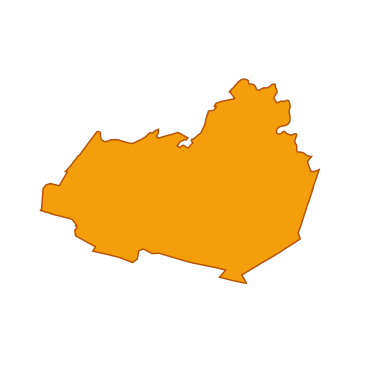 outline of Mazsalacas pag., Mazsalacas, Latvia, rotated 143°
{"feature_id": "27541924B83250469425555", "entity_name": "Mazsalacas pag.", "entity_type": "district", "adm_level": 2, "iso_a3": "LVA", "parent_name": "Latvia", "parent_adm1": "Mazsalacas", "projection": "equal_earth", "projection_center": [25.052, 57.893], "detail": "fine", "context": "isolated", "style": "filled", "palette": "amber", "viewbox_px": 384, "rotation_deg": 143, "n_neighbors": 0, "source": "geoboundaries", "source_scale": "gbopen_adm2", "svg_char_len": 5810}
<svg xmlns="http://www.w3.org/2000/svg" viewBox="0 0 384 384"><g transform="rotate(143 192 192)"><path d="M308.7,284.4L316.7,275.4L321.8,269.4L324.1,268.4L323.6,267.7L323.3,267.5L322.9,267.1L322.0,265.9L321.8,265.4L321.3,264.4L321.2,264.2L318.2,260.7L318.3,260.6L317.8,259.5L317.0,258.5L314.1,254.9L311.2,251.3L310.2,250.0L310.2,249.9L309.7,249.8L309.7,249.4L308.1,247.4L307.3,246.5L304.4,242.7L304.2,242.5L304.1,234.8L305.0,235.0L305.3,235.0L304.9,233.9L304.9,233.7L305.8,232.7L306.0,232.8L307.4,232.1L308.7,232.0L311.3,227.1L307.9,219.4L306.3,215.8L306.0,215.0L302.1,206.4L306.8,204.5L295.8,191.5L295.5,191.0L289.3,183.4L281.9,171.4L276.0,171.4L269.8,177.2L265.1,175.7L261.0,166.9L255.2,162.9L251.7,158.2L241.4,144.3L237.4,139.0L234.2,135.0L219.8,118.7L212.0,109.4L221.4,107.4L213.1,97.2L204.9,87.8L203.9,87.0L203.6,86.6L202.9,89.2L202.1,95.9L185.8,94.0L182.7,93.7L179.6,93.5L172.0,92.5L166.9,91.9L157.1,91.0L151.0,90.7L146.8,90.3L133.8,89.4L131.8,95.5L124.9,99.9L119.4,103.8L115.7,106.5L112.5,108.6L107.1,112.6L104.6,114.0L93.1,122.1L93.4,122.3L86.6,126.8L77.0,133.4L81.8,134.6L84.7,136.8L83.3,141.6L82.9,142.6L81.5,146.9L79.3,147.4L75.2,148.5L76.0,149.2L76.3,149.5L77.6,150.9L77.9,151.3L78.0,151.6L78.2,151.9L78.4,152.6L78.5,153.0L78.7,153.5L78.7,153.9L78.9,154.5L79.2,155.4L79.7,156.4L80.5,157.5L80.8,157.9L81.0,158.2L81.9,159.0L82.3,159.4L82.8,159.7L83.2,160.1L83.4,160.5L83.6,160.8L83.6,161.1L83.5,161.8L83.4,162.1L82.7,163.0L82.1,163.9L81.7,164.5L81.3,164.9L80.4,166.1L80.3,166.4L80.2,166.6L80.2,167.1L80.3,167.9L80.3,168.2L80.0,169.3L79.9,170.0L79.7,170.3L79.4,170.7L79.0,171.1L77.7,171.9L77.5,172.1L76.4,173.0L74.7,174.0L74.2,174.5L73.9,174.8L73.8,175.1L73.8,175.6L74.0,176.0L74.3,176.2L74.6,176.4L75.4,176.8L76.8,177.1L77.9,177.4L78.2,177.6L78.5,177.8L79.1,178.4L79.3,178.7L79.7,179.2L81.1,181.4L81.3,181.9L81.5,182.4L81.5,183.8L81.6,184.5L81.9,185.0L82.3,185.2L82.7,185.3L83.3,185.3L85.9,185.2L86.5,185.3L86.9,185.4L87.5,185.9L88.3,186.8L88.6,187.2L88.8,187.5L88.9,188.1L88.8,188.4L88.7,188.7L87.8,189.7L87.3,190.3L86.9,190.7L86.0,191.1L84.5,191.4L83.5,191.4L82.6,191.2L81.6,190.9L80.8,190.7L79.5,190.0L78.1,189.3L76.5,188.7L75.5,188.6L74.6,188.6L73.9,188.6L73.4,188.7L72.9,188.8L72.0,189.2L71.6,189.4L71.2,189.9L70.7,190.4L69.7,191.5L68.8,192.6L68.5,193.1L68.3,193.4L68.1,193.8L67.7,194.5L67.3,195.5L67.1,195.9L66.7,196.6L66.5,197.0L65.9,197.8L65.2,198.7L64.3,199.5L63.9,199.7L63.6,199.9L63.2,200.2L62.5,200.9L62.2,201.2L62.0,201.4L61.2,202.9L60.8,203.7L60.6,204.2L60.3,204.9L60.2,205.9L60.0,206.1L59.9,206.5L59.9,206.8L60.1,207.1L60.3,207.4L60.8,207.9L61.6,208.2L62.4,208.5L62.8,208.6L63.3,208.7L63.7,208.9L64.1,209.1L64.5,209.4L65.3,210.4L65.5,210.6L66.7,211.1L67.2,211.3L67.8,211.5L68.6,211.7L69.3,211.8L69.7,211.8L70.5,212.0L70.7,212.8L70.7,213.2L70.6,213.5L70.6,214.1L70.6,214.3L70.3,214.9L70.2,215.2L70.2,215.7L70.3,216.4L70.1,217.3L69.8,218.0L69.6,218.2L69.5,218.3L69.0,218.6L65.7,219.7L64.4,220.2L64.0,220.5L63.8,220.8L63.5,221.3L62.7,223.3L62.5,224.1L62.4,224.9L62.3,225.3L62.0,225.8L61.1,227.2L60.9,227.7L60.8,227.9L60.8,228.0L61.0,228.4L61.3,228.6L62.1,229.1L63.2,229.6L63.8,229.8L65.0,229.6L65.5,229.5L66.6,229.5L67.2,229.5L68.2,229.7L69.0,229.9L69.9,230.5L70.6,230.9L71.6,231.7L72.3,232.1L73.1,232.4L73.8,232.5L74.5,232.7L76.0,232.7L76.6,232.8L77.2,233.0L78.1,233.6L78.4,233.9L78.6,234.3L78.8,234.9L78.7,235.5L78.5,236.0L78.2,236.6L78.2,236.8L78.1,237.7L77.9,238.3L77.9,239.1L78.0,240.0L78.2,240.6L78.6,241.3L78.9,241.7L79.6,242.5L80.4,243.2L80.9,243.8L81.3,244.4L81.4,244.6L81.3,244.8L81.1,245.3L80.3,246.4L80.1,247.2L80.2,247.6L80.3,248.1L80.7,248.8L81.0,249.2L81.7,250.1L83.2,251.3L83.6,251.5L84.1,251.7L85.7,252.1L86.2,252.1L87.1,252.1L88.5,252.0L90.0,251.8L90.8,251.6L92.4,251.3L95.3,250.6L96.7,250.4L98.5,250.2L99.2,250.1L102.0,249.5L102.0,249.2L101.4,248.1L101.6,241.5L102.2,241.6L102.2,241.1L114.9,247.0L119.3,248.4L119.8,248.1L120.9,247.8L122.7,246.9L121.5,245.9L121.2,245.4L124.7,244.4L125.6,244.3L130.3,246.6L130.9,246.2L131.8,245.5L136.9,242.0L137.2,241.8L139.0,240.0L140.8,238.5L141.7,237.9L142.3,237.5L142.9,237.2L144.7,236.3L146.7,235.2L148.2,234.4L148.3,234.3L149.3,233.9L156.1,233.6L159.7,233.5L160.6,234.2L161.8,233.4L161.7,230.7L169.0,229.5L170.7,234.5L170.8,234.6L171.0,234.7L172.1,235.1L175.1,234.7L175.1,234.9L175.3,235.6L175.9,237.3L176.1,237.7L174.9,238.0L175.0,238.1L171.1,239.2L170.9,239.2L167.4,238.5L166.5,238.6L165.3,237.0L162.7,237.7L164.3,241.2L164.6,241.9L166.4,246.1L166.6,246.1L167.2,247.6L167.5,248.0L172.9,250.0L178.3,252.2L186.6,255.3L186.7,258.0L183.5,259.3L181.9,261.3L181.8,261.5L181.1,262.2L182.1,262.4L183.6,262.9L184.4,263.1L185.6,263.1L186.6,262.9L187.6,262.8L188.2,263.0L189.0,263.4L189.0,263.8L189.2,264.2L189.7,264.6L190.6,264.7L192.4,264.5L193.1,264.4L193.8,264.3L194.2,264.1L195.1,264.0L195.9,264.0L197.1,264.1L198.4,264.2L199.1,264.3L202.5,264.8L203.9,265.1L205.2,265.5L206.5,265.7L208.1,265.8L210.2,266.6L211.2,267.2L212.0,267.9L213.0,269.3L214.5,271.1L215.0,271.9L216.1,273.1L217.1,274.6L218.5,276.5L219.2,277.5L221.2,279.5L222.6,280.6L223.7,281.4L224.9,282.2L226.1,282.7L227.4,283.0L229.2,283.5L229.7,283.7L230.5,284.1L230.8,284.2L231.2,284.7L231.6,285.1L231.9,285.6L232.1,286.1L232.5,287.0L232.7,287.6L232.7,288.2L232.6,289.0L232.0,290.7L231.4,291.7L230.3,293.5L229.8,294.0L229.6,294.4L229.5,295.2L229.6,295.5L230.0,296.3L230.3,296.6L231.1,297.1L231.6,297.4L258.9,289.4L259.1,289.1L260.1,289.2L260.8,289.3L261.6,289.2L262.5,289.1L263.3,288.9L264.5,288.4L268.4,287.4L270.2,286.8L271.6,286.4L279.3,284.8L280.0,284.7L280.4,284.8L280.7,284.8L279.6,282.9L281.3,282.2L294.4,277.0L294.7,277.5L295.8,278.9L300.2,284.2L301.0,284.3L302.3,284.7L302.5,284.9L303.9,285.3L304.2,285.5L304.6,285.5L305.7,285.2L306.3,285.0L306.5,284.9L307.2,284.8L307.8,284.6L308.2,284.6L308.7,284.4Z" fill="#f59e0b" stroke="#b45309" stroke-width="1.5"/></g></svg>